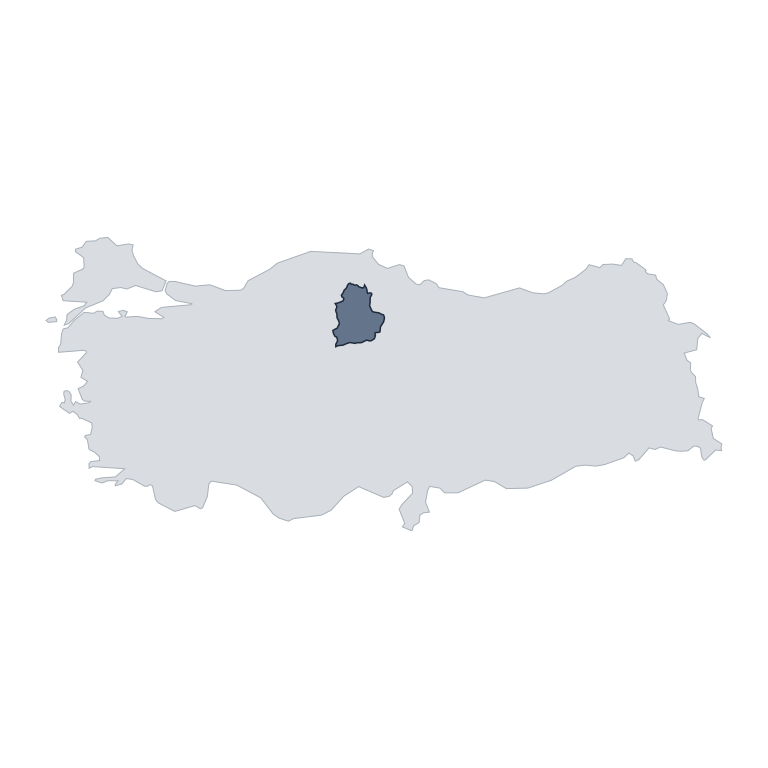 Çorum on a map of Turkey (Albers equal-area conic projection)
{"feature_id": "TUR-2291", "entity_name": "Çorum", "entity_type": "Province", "adm_level": 1, "iso_a3": "TUR", "parent_name": "Turkey", "parent_adm1": "", "projection": "albers", "projection_center": [34.616, 40.609], "detail": "fine", "context": "in_parent", "style": "filled", "palette": "slate", "viewbox_px": 768, "rotation_deg": 0, "n_neighbors": 0, "source": "natural_earth", "source_scale": "10m", "svg_char_len": 5029}
<svg xmlns="http://www.w3.org/2000/svg" viewBox="0 0 768 768"><path d="M589.0,264.7L599.9,267.6L603.1,264.5L612.8,264.1L621.6,265.4L625.8,258.7L632.0,258.9L633.4,262.0L636.4,262.9L646.1,270.1L645.2,271.2L647.7,273.9L655.6,275.1L656.7,279.2L663.4,284.7L667.4,293.8L666.3,300.5L663.3,305.0L669.6,318.8L668.3,320.7L678.3,324.4L690.2,322.3L694.2,323.9L707.0,333.8L710.4,337.8L701.8,333.4L697.8,338.5L696.7,349.7L684.2,353.1L686.9,360.1L690.7,363.0L690.3,369.9L691.5,372.5L695.5,376.6L695.7,382.7L697.8,389.0L698.7,396.7L704.3,398.5L702.3,402.3L698.0,418.6L698.5,419.8L702.6,419.7L712.5,425.9L711.1,428.5L713.3,438.4L721.9,444.0L721.0,447.4L721.6,450.7L715.8,449.9L705.1,460.1L703.8,460.0L701.8,457.1L700.5,448.2L697.5,446.2L693.8,446.1L687.9,450.8L682.1,451.2L676.3,451.0L660.5,447.0L655.1,449.5L649.1,447.9L638.6,459.9L635.2,461.1L633.1,455.8L628.8,453.1L624.1,457.6L604.9,464.5L595.9,466.1L584.7,465.1L575.6,466.3L551.5,480.2L527.9,488.1L506.4,488.6L494.3,481.5L485.1,480.1L458.1,492.8L444.6,492.8L439.9,488.1L429.6,486.4L427.5,491.0L425.5,502.1L429.4,512.1L423.6,512.8L419.9,515.1L419.0,522.7L413.7,525.8L412.0,530.5L411.1,530.6L402.4,526.9L404.7,523.2L399.1,509.2L401.7,504.8L412.6,493.2L412.2,486.5L407.4,481.9L393.4,490.6L392.1,493.8L389.0,496.4L383.7,497.4L358.6,486.6L343.8,496.2L331.2,510.1L321.6,515.1L293.5,518.6L288.5,521.2L279.0,518.1L273.3,514.2L260.8,497.9L236.8,485.1L211.2,481.1L208.8,484.1L207.4,496.3L202.7,507.7L200.5,508.8L195.0,505.6L174.8,511.4L158.2,502.8L155.5,499.4L152.5,485.8L150.1,484.6L147.3,486.3L144.4,486.1L132.7,479.4L126.2,478.6L121.9,484.0L115.3,485.8L115.2,484.2L118.0,480.8L107.8,480.7L102.2,483.0L95.0,480.7L95.6,479.2L101.7,477.9L115.5,476.9L124.7,468.7L92.4,466.6L89.1,468.3L89.0,463.6L91.0,461.6L99.6,460.6L99.4,456.7L94.6,452.2L89.1,449.5L87.4,439.7L84.7,437.0L85.2,435.6L90.6,434.4L92.2,427.4L91.8,423.0L81.9,418.3L79.5,418.5L77.3,414.5L73.1,411.4L69.4,413.3L59.6,406.5L61.8,402.5L64.4,402.9L65.2,399.6L63.7,394.0L64.1,391.2L66.4,390.6L68.9,391.4L71.2,394.9L70.9,401.2L73.4,405.2L75.6,401.6L80.2,404.1L88.7,402.9L90.5,401.4L84.3,401.0L82.2,399.3L78.1,388.6L83.5,386.1L87.6,381.4L80.9,377.4L82.9,370.6L77.6,362.1L86.4,352.6L86.2,351.1L83.7,350.3L58.5,352.3L58.5,347.7L60.7,343.9L61.5,334.2L63.1,329.0L67.8,327.8L74.1,320.6L84.0,312.3L93.4,313.3L97.4,311.1L103.0,311.4L104.3,315.1L109.1,318.0L117.8,318.3L122.1,316.3L118.4,311.5L123.5,310.4L127.3,311.8L124.9,316.5L126.0,317.1L137.3,316.4L149.0,318.5L162.0,318.7L163.8,317.3L154.9,311.7L161.0,307.7L164.4,307.1L191.7,304.7L191.9,303.7L175.5,300.5L167.2,294.2L165.1,290.9L167.2,283.3L169.2,281.4L175.1,281.5L195.3,286.1L209.9,284.8L225.5,290.6L240.7,290.2L243.9,288.0L248.0,280.8L269.7,269.3L277.3,263.2L310.6,251.4L359.9,253.9L368.5,249.1L373.5,250.6L372.2,253.8L372.4,256.8L378.4,264.2L387.3,268.4L399.5,264.6L404.0,265.9L408.5,277.4L416.3,284.2L419.9,284.7L424.4,280.5L428.9,279.9L436.3,283.7L438.9,287.7L462.9,291.7L468.0,295.0L484.2,297.9L519.5,287.9L532.8,292.8L543.9,293.9L548.5,292.8L562.4,285.2L566.7,281.2L575.4,277.3L586.1,269.1L589.0,264.7ZM133.2,245.0L131.9,250.1L133.6,255.9L138.0,264.2L142.7,268.5L166.1,280.9L162.1,290.7L156.0,291.8L135.6,285.5L126.8,289.0L120.9,287.5L112.3,288.6L109.4,294.4L103.0,300.8L85.6,307.9L68.8,323.5L64.2,325.2L66.7,319.7L67.0,314.6L74.2,309.3L84.0,305.7L86.8,302.2L63.2,300.7L61.4,295.3L63.9,294.5L72.4,286.0L73.5,282.3L73.6,273.2L83.3,268.8L84.2,266.7L83.6,257.6L75.3,251.6L75.7,249.1L82.2,247.2L86.2,241.3L95.4,240.9L99.9,238.3L107.8,237.4L116.9,245.9L128.7,243.9L133.2,245.0ZM56.5,321.7L48.4,322.3L46.1,320.6L48.8,318.2L55.1,316.9L56.9,319.8L56.5,321.7Z" fill="#d9dde1" stroke="#a8b0b8" stroke-width="1"/><path d="M350.5,283.2L351.4,284.3L352.6,284.2L353.4,284.4L354.0,285.0L355.1,285.2L356.2,284.9L357.2,285.2L358.1,285.8L358.5,286.5L359.1,286.9L362.9,288.1L363.6,287.2L364.2,286.7L364.4,286.4L364.5,286.1L364.5,285.3L364.6,285.0L366.4,288.1L366.9,289.8L367.1,291.6L367.6,293.3L370.3,292.9L371.5,293.3L371.8,294.5L371.3,295.6L370.6,296.6L370.2,297.9L370.1,302.5L369.6,305.4L370.0,306.7L371.4,309.7L372.3,311.3L373.4,312.0L379.1,312.9L381.7,314.4L382.9,314.6L383.5,314.9L384.3,316.9L384.4,318.6L383.6,321.9L380.7,326.5L380.3,327.5L380.3,328.7L380.0,331.8L378.6,332.4L375.3,332.6L374.9,334.7L375.4,335.2L375.3,336.0L374.9,336.9L374.8,337.8L373.9,339.1L371.2,340.7L369.6,340.9L366.7,340.1L361.5,342.6L358.7,342.8L357.3,342.6L355.2,343.4L349.9,342.5L346.5,343.6L343.2,345.1L337.8,345.7L335.8,346.7L335.8,344.3L336.7,342.5L337.4,341.4L337.5,339.9L337.1,338.6L337.0,338.1L337.0,337.5L336.3,336.8L335.5,336.7L334.6,335.8L333.2,332.6L332.9,330.4L335.6,328.9L336.3,328.7L336.9,328.4L337.9,326.7L338.7,324.8L339.2,324.5L339.3,323.3L339.1,322.2L338.7,321.0L338.2,319.9L337.3,318.4L336.9,316.7L337.0,315.1L336.8,313.5L336.0,311.8L335.7,309.9L336.5,308.1L336.9,306.3L335.2,303.5L338.2,302.9L343.1,300.9L343.9,298.6L342.8,297.4L342.1,297.1L341.4,295.4L341.8,294.5L343.0,293.1L344.2,290.1L345.8,288.7L346.6,287.7L347.5,285.3L348.7,283.6L350.5,283.2Z" fill="#64748b" stroke="#1e293b" stroke-width="1.5"/></svg>